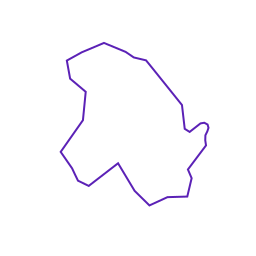 Ropazu, orthographic projection, rotated 239°
{"feature_id": "LVA-5773", "entity_name": "Ropazu", "entity_type": "Municipality", "adm_level": 1, "iso_a3": "LVA", "parent_name": "Latvia", "parent_adm1": "", "projection": "orthographic", "projection_center": [24.578, 56.966], "detail": "fine", "context": "isolated", "style": "outline", "palette": "violet", "viewbox_px": 256, "rotation_deg": 239, "n_neighbors": 0, "source": "natural_earth", "source_scale": "10m", "svg_char_len": 551}
<svg xmlns="http://www.w3.org/2000/svg" viewBox="0 0 256 256"><g transform="rotate(239 128 128)"><path d="M213.3,151.2L194.4,165.2L185.5,169.3L176.7,178.3L167.6,179.6L119.9,186.1L98.1,176.2L92.9,178.8L94.6,192.5L93.2,196.1L90.0,198.0L86.7,197.1L84.3,194.3L81.9,190.6L77.7,187.9L72.9,185.9L61.6,158.0L52.2,156.7L38.7,143.5L48.4,126.2L50.6,106.5L70.7,101.3L102.9,101.3L98.6,64.5L108.6,58.0L116.4,58.7L122.2,59.3L142.2,58.0L157.9,93.4L180.8,110.4L200.1,103.8L217.3,110.3L216.7,127.4L213.3,151.2Z" fill="none" stroke="#5b21b6" stroke-width="2"/></g></svg>